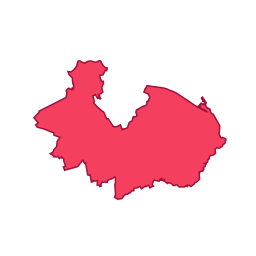 Cotorra, Córdoba, Colombia, rotated 58°
{"feature_id": "7082276B37197913893650", "entity_name": "Cotorra", "entity_type": "district", "adm_level": 2, "iso_a3": "COL", "parent_name": "Colombia", "parent_adm1": "Córdoba", "projection": "orthographic", "projection_center": [-75.768, 9.058], "detail": "fine", "context": "isolated", "style": "filled", "palette": "rose", "viewbox_px": 256, "rotation_deg": 58, "n_neighbors": 0, "source": "geoboundaries", "source_scale": "gbopen_adm2", "svg_char_len": 5784}
<svg xmlns="http://www.w3.org/2000/svg" viewBox="0 0 256 256"><g transform="rotate(58 128 128)"><path d="M189.7,51.1L188.8,50.9L187.7,51.6L185.9,53.1L185.7,53.9L185.6,54.1L184.9,54.7L184.5,54.4L183.3,54.1L182.8,54.2L181.6,54.0L180.3,53.2L178.1,51.3L174.6,49.0L161.5,48.4L161.2,48.9L159.7,49.4L159.3,49.7L158.4,49.5L157.5,49.1L157.0,49.1L156.8,49.2L156.6,48.9L155.6,48.6L155.2,48.7L154.9,49.0L154.5,49.0L154.2,49.2L153.4,49.7L153.4,49.9L152.7,50.2L152.4,50.2L152.4,50.4L151.6,50.5L150.3,50.3L149.8,50.1L148.6,49.1L148.2,48.4L141.3,48.4L141.4,49.0L141.3,49.4L141.7,49.9L142.2,50.0L142.1,49.6L142.4,49.6L142.6,49.0L142.9,48.8L143.2,48.9L143.3,49.3L143.9,49.9L144.4,50.3L144.9,50.5L145.0,50.1L145.8,49.3L146.5,49.3L146.8,49.5L146.8,49.8L147.4,50.1L147.4,50.5L147.5,50.5L147.6,50.2L148.6,51.0L148.4,51.6L148.2,51.8L147.3,52.3L145.9,52.6L145.7,53.0L145.8,53.4L146.2,54.2L146.1,54.6L146.3,55.0L146.6,55.2L146.9,55.0L146.9,54.7L147.1,54.5L147.6,54.7L147.9,54.9L147.7,55.2L147.4,55.2L147.4,55.4L148.0,56.1L148.0,56.7L147.6,56.7L147.3,56.2L146.8,56.1L146.5,56.8L146.6,57.0L147.0,57.4L154.6,52.8L155.9,52.5L156.1,52.7L152.9,54.7L151.8,55.2L145.3,58.9L143.6,59.7L136.2,62.8L131.7,65.0L130.4,65.5L124.2,68.4L120.8,70.4L118.7,72.2L115.7,74.2L113.9,75.7L110.9,79.0L105.8,85.2L102.9,88.5L102.3,89.2L102.3,89.7L102.6,90.4L103.2,91.1L104.3,92.7L104.0,92.9L106.0,95.5L109.4,93.1L110.0,92.9L111.8,93.0L113.3,93.2L114.1,94.1L114.9,95.6L115.7,95.8L116.0,96.3L115.6,97.0L115.6,98.1L116.3,98.5L117.1,98.8L117.9,99.7L118.3,100.8L118.2,101.9L117.8,102.6L117.5,103.6L117.5,104.8L117.2,111.3L117.4,111.6L118.8,112.9L119.8,113.3L120.9,113.2L121.1,113.5L121.7,113.5L122.2,113.9L122.5,114.5L122.5,114.8L122.1,116.2L121.5,116.7L121.3,117.5L122.2,118.8L123.7,120.1L123.9,120.6L124.0,121.1L123.9,122.8L124.1,124.0L125.0,125.5L126.9,127.6L127.3,128.3L127.3,129.4L127.2,130.5L127.0,131.2L126.7,131.5L126.2,132.8L126.5,133.4L126.4,133.8L121.3,132.7L121.0,136.2L120.8,137.0L120.2,138.2L119.1,139.6L109.6,140.0L108.8,141.2L102.8,140.3L101.4,140.2L99.6,141.1L93.6,142.9L88.6,143.9L87.9,142.5L82.2,140.8L82.4,138.0L86.8,138.1L86.5,137.0L88.6,136.3L88.4,135.5L85.9,135.6L85.8,135.0L84.1,135.2L84.5,133.0L84.2,130.3L82.4,129.8L80.1,128.9L79.4,128.3L77.2,125.2L76.2,124.5L75.3,124.2L74.7,125.8L73.8,125.8L73.8,125.4L70.8,125.2L68.4,123.9L69.7,121.2L66.9,116.2L68.0,115.7L66.1,113.8L65.5,114.8L65.0,115.1L64.3,115.4L62.5,115.9L59.0,116.0L58.2,116.0L57.1,115.6L56.7,115.6L56.2,116.0L55.7,116.8L55.2,120.3L54.6,121.2L53.5,122.3L52.4,123.1L51.4,124.1L50.6,125.7L50.3,126.4L50.1,128.0L50.1,130.2L49.7,130.1L48.6,131.7L47.5,132.2L47.2,132.6L45.9,133.0L45.3,133.7L45.0,134.2L44.9,134.8L45.0,135.1L45.4,135.5L45.6,135.9L46.5,136.9L46.8,137.4L47.1,137.2L48.3,138.7L48.9,140.0L49.5,142.2L50.0,143.5L50.2,145.6L50.2,146.3L49.9,147.1L48.3,149.0L50.1,149.2L51.0,149.6L53.1,149.4L54.7,148.9L56.1,148.8L57.3,149.3L58.3,150.0L61.3,151.3L61.7,150.7L63.3,151.9L64.4,152.2L64.4,152.5L65.3,153.1L65.2,153.2L65.4,153.3L65.5,153.7L65.4,153.7L64.8,153.5L64.6,154.2L66.2,154.6L65.8,155.4L64.9,155.6L64.4,156.4L63.3,156.8L62.8,157.3L62.7,157.0L62.7,158.3L63.2,159.4L63.5,160.5L64.0,160.9L65.1,160.9L66.5,161.8L68.2,163.4L69.3,164.1L66.6,194.5L67.4,194.7L69.4,202.3L76.0,201.5L76.5,204.8L79.2,204.5L84.4,199.7L90.1,195.6L92.6,193.4L94.9,194.6L99.7,190.7L100.6,192.1L101.2,194.1L101.8,195.1L104.0,196.9L105.3,197.8L105.9,198.5L106.3,199.4L107.1,202.4L107.5,202.9L108.3,203.7L108.4,204.1L108.6,204.8L108.6,207.6L112.9,205.5L113.1,206.1L114.6,204.0L115.0,202.6L117.6,202.3L117.6,200.2L117.5,199.9L118.1,200.2L119.1,199.1L119.6,199.1L119.8,198.7L122.0,199.9L123.1,200.3L127.2,201.1L126.8,203.4L130.3,204.2L130.3,203.7L133.9,191.9L133.8,190.4L131.3,183.4L134.9,183.6L135.0,182.5L146.4,187.0L147.4,186.2L147.6,185.7L147.7,185.0L154.4,187.7L155.0,185.8L154.2,185.6L155.9,183.4L156.4,181.8L160.1,184.4L161.7,182.3L162.8,182.9L163.2,181.8L161.3,180.5L160.1,179.0L163.0,174.2L161.6,172.9L162.5,168.5L162.6,167.0L162.5,164.9L163.7,165.2L167.1,167.2L169.3,169.3L177.9,173.9L179.5,176.1L180.0,176.0L180.5,175.8L181.4,175.1L182.4,174.9L182.9,174.4L184.5,170.9L184.5,170.6L184.5,170.0L183.7,168.4L183.2,166.7L183.1,164.8L183.7,163.8L183.9,163.6L184.0,162.6L183.6,161.9L183.7,161.4L184.1,160.9L184.0,160.3L183.4,158.4L183.6,157.4L184.2,156.6L184.3,156.4L184.1,156.1L182.9,155.6L182.5,154.8L182.2,154.5L183.5,152.4L183.8,148.9L186.6,148.9L186.6,143.7L187.2,143.8L187.5,140.9L190.5,141.1L190.3,140.3L190.8,137.3L189.7,137.5L188.6,137.2L186.6,135.0L186.1,133.4L189.6,129.8L188.7,128.5L188.5,127.5L188.7,127.1L188.5,126.8L188.6,126.4L188.7,126.2L189.1,126.2L189.9,127.6L191.1,126.2L190.7,125.6L190.6,125.2L190.8,124.8L191.0,125.9L191.4,125.9L192.0,125.7L193.4,124.7L193.8,124.6L194.1,124.7L194.7,124.4L195.0,124.1L195.9,124.0L195.7,123.2L196.1,122.9L196.6,121.7L198.4,120.5L200.0,120.4L201.3,119.5L201.9,116.9L202.5,116.4L204.3,116.2L204.9,116.0L205.3,115.6L207.0,112.6L207.5,112.0L208.0,110.7L208.0,108.6L208.2,108.8L209.0,108.8L208.8,107.9L208.9,106.7L209.2,106.3L209.9,106.2L210.7,105.8L211.1,104.9L210.7,103.9L210.7,102.0L210.5,101.3L209.9,100.4L210.1,98.8L209.4,94.9L209.1,94.3L208.4,93.8L205.7,92.7L205.3,92.2L204.3,91.5L203.6,90.7L203.5,90.2L203.0,90.7L203.0,89.8L204.3,87.4L203.4,86.5L203.3,85.6L203.0,85.4L202.6,85.3L202.1,85.6L201.7,85.5L201.4,84.6L201.6,83.3L200.9,82.3L200.2,81.5L199.9,80.7L199.2,80.9L198.8,81.3L199.1,80.1L198.9,78.5L198.5,77.9L197.0,77.0L197.0,76.7L197.3,76.3L197.3,75.7L197.0,75.5L196.6,74.8L196.3,74.8L195.5,74.2L195.3,73.8L195.2,72.4L195.9,70.9L196.1,70.3L196.0,67.8L195.4,66.9L195.1,66.6L193.4,66.1L192.3,65.5L191.8,63.4L192.0,62.9L193.1,61.7L193.5,61.1L193.4,59.6L193.6,58.0L193.3,57.5L192.9,57.1L192.5,56.3L192.4,55.9L192.4,54.6L192.1,53.6L191.2,52.9L190.4,51.7L189.7,51.1Z" fill="#f43f5e" stroke="#9f1239" stroke-width="1.5"/></g></svg>